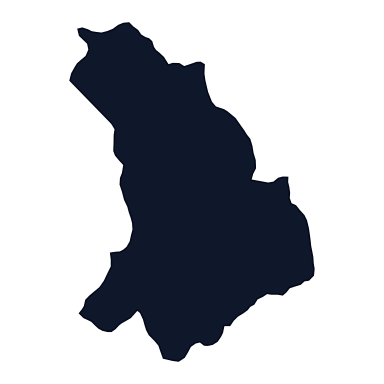 Brodowski, São Paulo, Brazil
{"feature_id": "56859067B88717252017859", "entity_name": "Brodowski", "entity_type": "district", "adm_level": 2, "iso_a3": "BRA", "parent_name": "Brazil", "parent_adm1": "São Paulo", "projection": "equal_earth", "projection_center": [-47.633, -21.044], "detail": "fine", "context": "isolated", "style": "filled", "palette": "ink", "viewbox_px": 384, "rotation_deg": 0, "n_neighbors": 0, "source": "geoboundaries", "source_scale": "gbopen_adm2", "svg_char_len": 2152}
<svg xmlns="http://www.w3.org/2000/svg" viewBox="0 0 384 384"><path d="M287.6,177.4L282.8,177.3L278.5,178.4L273.8,182.3L268.2,183.3L250.7,180.1L252.5,173.6L255.3,168.1L255.0,160.2L252.9,153.3L251.7,146.0L249.7,139.3L246.3,135.0L243.9,131.1L235.0,118.5L226.9,111.8L223.8,109.9L215.5,107.1L211.3,102.1L207.4,92.2L204.7,80.7L203.7,73.7L204.1,64.6L200.4,62.4L196.7,62.6L189.5,65.1L184.1,66.9L179.2,63.8L172.8,63.6L168.2,65.1L163.4,57.4L158.9,53.2L155.5,50.5L153.3,47.2L151.6,41.6L148.7,38.9L145.0,37.7L140.7,35.0L137.6,30.5L132.6,26.8L128.9,23.0L123.5,23.5L118.6,25.5L113.1,29.5L107.7,31.7L101.6,33.3L96.3,32.7L91.4,31.9L87.8,30.0L82.3,28.2L78.1,29.2L79.6,35.5L83.6,39.3L87.8,43.4L89.1,49.7L86.2,56.4L81.5,60.3L77.5,63.9L75.3,67.4L71.8,73.7L70.1,80.5L111.8,123.4L115.3,129.1L114.4,135.3L114.3,142.7L114.0,150.9L115.7,155.3L119.7,160.1L124.0,164.8L122.7,173.0L120.7,178.1L120.3,184.5L122.7,191.7L124.7,199.6L128.0,206.5L129.5,212.2L131.4,217.7L132.8,223.1L133.2,229.7L131.7,235.5L130.4,241.6L127.1,247.3L123.6,250.3L120.0,252.2L115.5,252.5L110.7,253.2L111.5,259.5L111.5,266.6L108.1,273.5L104.5,281.1L100.0,287.6L94.7,292.0L89.7,296.2L85.9,300.2L84.5,306.4L82.4,309.8L79.6,313.3L83.9,317.5L87.9,319.3L91.7,321.2L94.9,324.4L98.6,327.9L102.6,330.1L107.6,331.3L111.3,331.3L115.1,328.6L118.6,324.8L121.5,322.6L125.8,320.2L130.4,317.5L134.3,313.1L137.3,309.8L140.6,312.6L143.7,319.3L145.2,324.8L146.8,329.9L149.4,334.8L154.9,340.3L159.0,345.2L161.0,351.1L163.5,358.1L167.6,359.0L172.6,360.2L178.5,361.0L184.2,357.3L187.3,352.1L190.3,346.4L195.4,342.8L200.1,341.7L204.3,345.0L207.7,345.2L212.4,344.2L217.2,341.2L220.5,336.3L222.3,332.6L223.8,325.4L229.8,325.4L233.1,320.4L237.4,316.1L243.1,312.6L247.2,309.6L249.8,306.2L253.8,304.1L257.1,298.8L262.6,296.2L266.9,293.3L271.5,294.0L277.8,294.0L282.6,294.8L286.0,291.8L289.4,287.6L294.9,285.8L300.5,284.1L304.1,280.7L308.7,280.0L313.3,275.3L313.9,268.8L313.0,263.4L312.6,257.2L311.8,252.8L310.5,246.3L309.8,239.9L309.2,235.2L308.2,228.3L306.3,220.5L303.9,215.6L299.2,210.4L295.6,205.8L291.0,203.8L289.0,198.1L289.4,192.9L288.6,187.2L287.4,182.1L287.6,177.4Z" fill="#0f172a" stroke="#020617" stroke-width="1.5"/></svg>